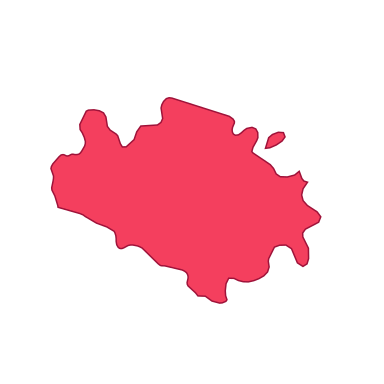 outline of Benevento, rotated 226°
{"feature_id": "ITA-5398", "entity_name": "Benevento", "entity_type": "Province", "adm_level": 1, "iso_a3": "ITA", "parent_name": "Italy", "parent_adm1": "", "projection": "natural_earth1", "projection_center": [14.764, 41.227], "detail": "fine", "context": "isolated", "style": "filled", "palette": "rose", "viewbox_px": 384, "rotation_deg": 226, "n_neighbors": 0, "source": "natural_earth", "source_scale": "10m", "svg_char_len": 2291}
<svg xmlns="http://www.w3.org/2000/svg" viewBox="0 0 384 384"><g transform="rotate(226 192 192)"><path d="M82.1,224.2L88.6,222.7L92.9,218.0L95.1,213.0L90.8,200.9L89.2,198.8L84.5,195.4L82.0,190.8L81.8,185.4L83.2,179.9L85.3,174.9L88.2,170.1L91.9,166.5L96.1,163.9L100.7,162.2L104.5,158.5L102.4,152.8L97.8,147.3L94.0,144.1L90.2,142.3L89.8,140.4L91.2,136.8L92.9,134.7L99.7,130.6L107.8,129.2L113.1,124.1L117.1,124.5L127.1,123.9L128.9,124.5L130.3,125.6L132.6,129.1L133.5,130.1L134.7,131.0L136.1,131.6L137.8,132.0L140.1,131.7L142.7,130.8L157.8,121.1L160.4,118.6L161.7,118.1L164.0,117.8L186.3,117.2L188.5,116.5L191.0,115.4L195.0,112.6L196.8,110.7L197.9,108.9L199.2,104.2L199.8,102.7L200.6,101.6L201.9,100.7L203.6,100.5L206.3,101.2L207.8,102.2L209.1,103.1L211.2,105.1L213.5,106.9L216.2,108.2L217.8,108.7L226.0,106.5L235.9,101.7L248.5,98.2L251.1,97.8L254.4,96.4L274.0,85.0L275.6,86.1L284.4,90.6L290.7,92.6L292.5,94.0L296.6,100.0L298.2,102.0L299.7,103.5L306.8,106.8L308.0,108.6L308.9,111.5L309.7,120.9L309.6,123.4L308.9,124.7L307.9,125.7L305.1,126.8L304.2,127.7L303.5,129.0L303.2,130.4L302.7,131.7L301.8,132.7L300.6,133.5L299.6,134.4L298.6,135.6L297.8,136.9L297.6,138.8L298.0,141.0L299.6,146.6L300.8,148.7L302.4,150.4L306.2,152.5L310.9,154.2L314.6,154.9L318.5,158.2L323.6,172.1L322.9,174.3L319.2,178.6L314.8,181.8L310.4,183.3L305.8,182.2L298.0,176.7L293.4,176.1L286.3,177.7L284.0,177.6L276.5,174.0L272.8,173.2L270.2,176.0L269.9,186.7L273.7,194.1L275.0,201.0L264.2,213.7L263.6,218.0L265.2,221.9L273.9,228.1L275.7,230.9L276.9,234.5L277.0,238.4L275.7,241.0L273.5,242.8L220.5,271.4L216.0,272.2L213.4,271.6L212.2,270.4L210.3,266.0L208.8,264.0L206.9,262.6L204.8,262.0L202.6,262.7L200.8,265.2L200.3,268.6L200.2,272.2L199.7,275.5L196.8,280.1L193.1,281.7L189.1,280.6L185.3,277.1L184.0,274.2L181.8,266.9L179.5,263.1L177.6,263.0L157.3,267.3L152.3,267.0L146.5,265.1L141.7,266.1L136.6,271.0L132.9,277.6L132.4,283.5L125.4,280.4L122.2,280.1L118.8,281.9L117.2,274.2L113.7,268.8L108.6,265.9L102.2,265.6L90.7,268.2L84.7,267.4L82.3,262.1L86.5,247.8L85.6,243.1L82.7,240.5L70.7,236.7L63.1,229.6L60.4,224.8L61.4,220.1L67.8,218.6L82.1,224.2ZM172.4,275.2L177.8,284.9L177.5,289.8L175.0,295.6L171.2,299.0L167.0,297.2L166.1,292.2L167.3,285.3L169.7,278.8L172.4,275.2Z" fill="#f43f5e" stroke="#9f1239" stroke-width="1.5"/></g></svg>